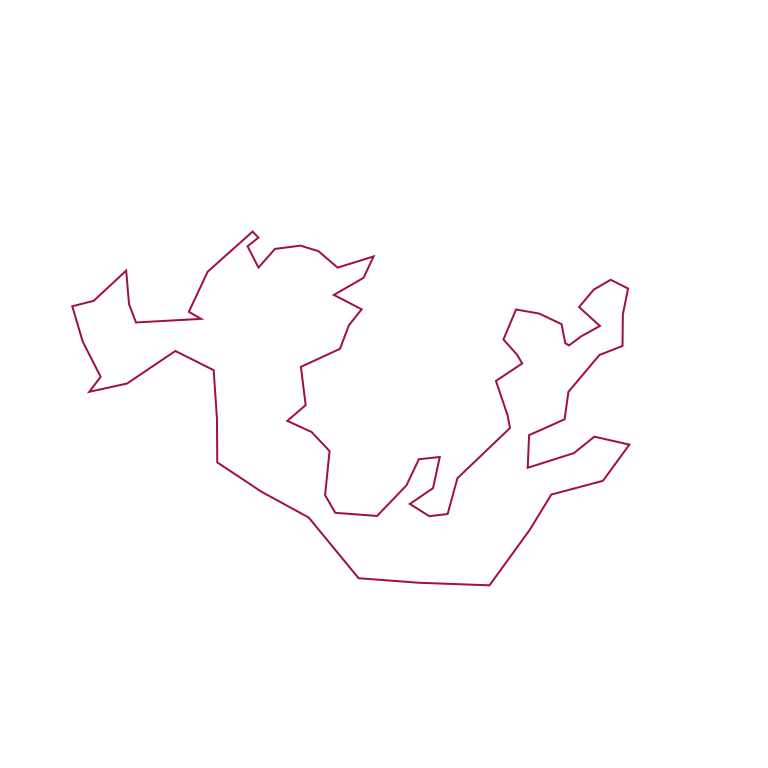 an SVG outline of Sai Kung, rotated 240°
{"feature_id": "HKG-5162", "entity_name": "Sai Kung", "entity_type": "state/province", "adm_level": 1, "iso_a3": "HKG", "parent_name": "Hong Kong S.A.R.", "parent_adm1": "", "projection": "mercator", "projection_center": [114.312, 22.352], "detail": "fine", "context": "isolated", "style": "outline", "palette": "rose", "viewbox_px": 768, "rotation_deg": 240, "n_neighbors": 0, "source": "natural_earth", "source_scale": "10m", "svg_char_len": 1162}
<svg xmlns="http://www.w3.org/2000/svg" viewBox="0 0 768 768"><g transform="rotate(240 384 384)"><path d="M524.6,124.9L531.9,142.2L571.5,144.3L607.2,152.9L601.2,174.2L611.1,217.4L580.6,203.1L561.3,200.0L531.9,258.1L544.1,251.1L569.4,287.4L581.7,346.4L573.6,348.4L571.5,334.7L547.6,333.5L555.5,357.1L545.6,380.8L531.9,393.6L508.0,402.0L499.7,438.8L486.2,419.4L486.2,385.1L459.9,402.0L452.4,383.0L436.5,363.5L440.4,320.6L404.9,305.6L400.4,281.8L378.6,297.3L353.1,303.3L317.2,277.4L296.8,277.4L273.2,312.0L285.0,352.8L301.4,376.6L292.9,395.8L269.3,374.4L267.2,346.4L246.9,357.1L239.6,374.1L265.7,400.5L282.9,471.1L294.8,475.3L330.7,482.5L332.7,513.9L342.7,513.9L362.8,509.7L382.5,535.6L367.4,553.6L347.0,567.7L328.8,561.4L324.9,563.5L326.7,578.6L326.3,600.0L353.1,591.4L360.9,613.0L360.9,632.4L344.6,643.1L324.9,625.7L297.7,609.6L301.4,585.0L285.0,539.8L263.2,522.8L265.3,501.2L267.2,484.1L239.6,466.6L229.2,513.9L233.2,539.8L208.8,566.2L190.7,525.2L204.6,473.6L184.7,437.0L156.9,374.7L194.7,314.4L228.5,264.9L306.1,252.0L351.8,224.1L399.5,200.4L437.3,221.9L481.1,243.4L516.9,219.8L512.9,161.7L524.6,124.9Z" fill="none" stroke="#9f1239" stroke-width="2"/></g></svg>